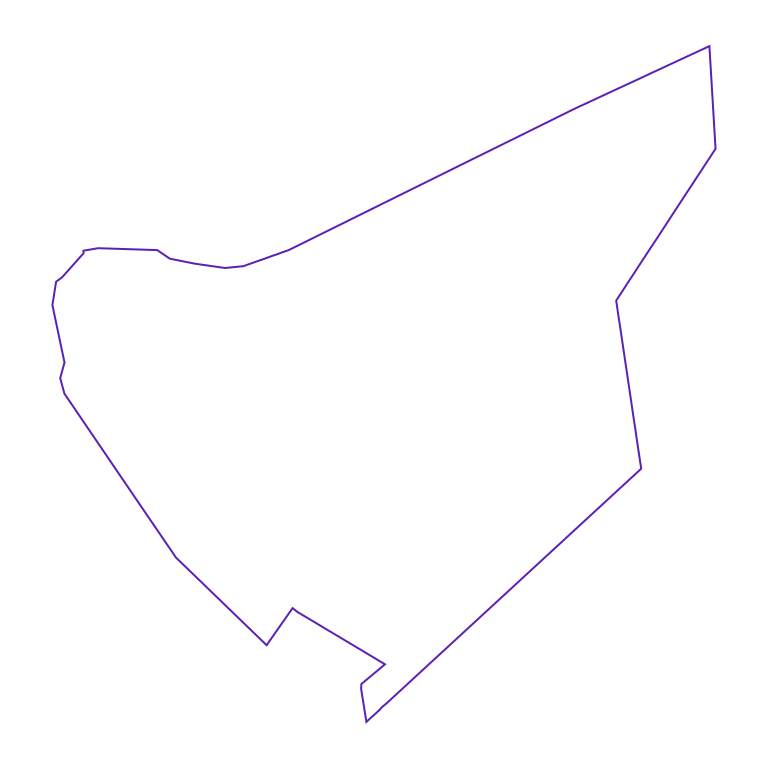 outline of San Juan de los Cués, Oaxaca, Mexico
{"feature_id": "50627088B95706371455235", "entity_name": "San Juan de los Cués", "entity_type": "district", "adm_level": 2, "iso_a3": "MEX", "parent_name": "Mexico", "parent_adm1": "Oaxaca", "projection": "robinson", "projection_center": [-97.027, 18.044], "detail": "fine", "context": "isolated", "style": "outline", "palette": "violet", "viewbox_px": 768, "rotation_deg": 0, "n_neighbors": 0, "source": "geoboundaries", "source_scale": "gbopen_adm2", "svg_char_len": 1163}
<svg xmlns="http://www.w3.org/2000/svg" viewBox="0 0 768 768"><path d="M641.2,468.7L636.4,436.7L635.4,429.5L633.8,419.2L631.9,406.3L629.4,389.3L627.6,377.3L626.4,369.1L625.5,363.2L622.7,344.3L620.9,332.2L620.1,326.7L619.3,321.7L617.8,311.7L616.8,304.6L616.2,300.6L620.2,294.4L622.8,290.5L626.9,284.1L631.0,277.9L634.6,272.5L638.5,266.4L651.4,246.7L657.2,238.0L679.1,204.4L685.9,194.0L688.8,189.6L714.8,149.9L715.6,148.7L715.5,148.2L709.4,46.1L708.4,46.6L688.3,55.9L685.7,57.1L651.7,72.9L641.9,77.5L634.6,80.9L619.0,88.1L610.4,92.1L606.7,93.8L597.9,97.9L589.1,102.0L578.5,106.9L572.6,109.7L499.6,145.8L472.6,159.1L288.7,250.1L281.0,252.8L277.6,254.1L272.8,255.7L266.7,257.9L266.2,258.1L264.6,258.7L257.1,261.3L255.1,262.0L246.4,265.1L246.2,265.2L243.3,266.2L225.0,268.0L195.0,263.7L169.9,258.7L157.2,250.1L98.2,248.2L83.4,250.7L83.6,253.2L62.1,277.3L56.1,281.7L52.4,305.1L64.5,362.5L60.2,378.1L64.4,393.6L137.0,500.4L176.0,557.6L266.6,645.2L275.7,632.2L292.6,608.1L297.3,611.9L385.0,664.3L361.4,684.0L361.1,688.6L366.4,721.9L372.2,716.5L372.9,716.0L373.8,715.2L379.8,709.7L382.0,707.1L387.0,702.9L641.2,468.7Z" fill="none" stroke="#5b21b6" stroke-width="2"/></svg>